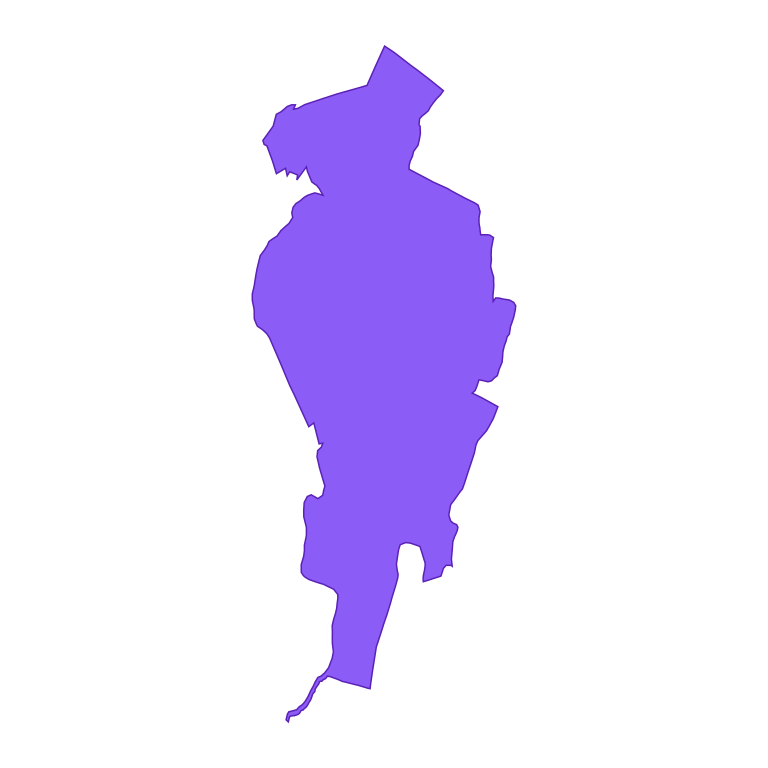 Molo, Rift Valley, Kenya (Equal Earth projection)
{"feature_id": "3690345B84891311296889", "entity_name": "Molo", "entity_type": "district", "adm_level": 2, "iso_a3": "KEN", "parent_name": "Kenya", "parent_adm1": "Rift Valley", "projection": "equal_earth", "projection_center": [35.775, -0.363], "detail": "fine", "context": "isolated", "style": "filled", "palette": "violet", "viewbox_px": 768, "rotation_deg": 0, "n_neighbors": 0, "source": "geoboundaries", "source_scale": "gbopen_adm2", "svg_char_len": 4367}
<svg xmlns="http://www.w3.org/2000/svg" viewBox="0 0 768 768"><path d="M304.8,104.6L298.0,108.3L293.6,109.2L295.4,104.8L291.6,104.8L287.2,106.5L284.6,108.8L281.0,111.8L276.3,114.3L273.2,126.1L262.9,140.4L264.1,144.4L266.9,145.8L272.5,161.0L276.4,173.7L285.5,168.3L287.2,175.8L289.7,171.8L297.6,174.9L296.8,180.0L306.4,166.9L307.4,171.3L309.5,176.3L311.8,181.9L313.9,183.5L316.7,185.4L319.2,188.5L323.0,195.3L318.7,193.9L314.8,192.9L311.7,193.9L307.6,195.3L304.1,197.4L299.8,201.1L296.0,203.5L293.1,207.2L291.8,212.9L292.7,217.5L289.0,223.4L284.6,227.2L280.9,230.6L277.0,236.1L272.6,238.9L269.0,241.5L267.2,245.6L264.4,250.1L260.3,255.5L258.7,261.8L257.2,268.1L256.0,274.3L255.1,280.1L254.1,286.4L252.3,293.9L252.3,300.3L253.2,304.7L254.0,308.7L254.2,310.8L254.2,314.6L254.3,318.8L256.1,323.5L257.5,326.3L262.4,329.6L265.9,332.8L266.9,333.9L267.7,335.0L269.2,337.4L269.8,338.5L281.0,364.5L289.7,385.4L291.5,389.1L293.8,393.8L308.8,426.7L313.8,422.9L319.1,443.9L322.8,443.2L321.3,447.2L317.7,450.5L317.0,456.8L319.1,465.9L319.4,467.5L324.9,486.1L323.7,490.3L322.7,495.3L317.9,498.6L311.2,494.8L307.3,496.5L304.2,502.5L303.7,510.5L303.8,516.8L306.4,527.4L306.4,534.5L306.2,536.7L305.9,538.0L304.4,545.2L304.4,550.9L303.7,556.2L301.2,564.7L301.3,572.4L303.2,575.3L304.4,576.6L305.8,577.6L309.2,579.6L314.6,581.5L318.8,582.9L323.5,584.3L328.0,586.5L333.7,589.3L337.8,594.5L337.8,598.6L337.6,600.1L337.2,602.9L336.7,608.2L335.3,614.1L333.6,619.5L332.2,625.6L332.4,631.9L332.3,637.5L332.4,643.7L332.9,647.7L333.4,651.8L332.2,658.2L328.6,667.7L324.6,673.0L320.8,676.2L317.9,677.4L315.2,681.9L313.3,686.1L310.8,690.5L307.9,696.8L305.0,701.6L302.4,704.6L299.1,706.9L296.7,709.7L292.5,710.9L288.8,711.8L287.4,714.2L286.1,719.8L288.3,721.9L289.3,717.7L290.0,716.3L291.3,716.0L292.8,715.7L294.4,715.7L295.6,715.2L296.7,714.9L298.1,714.4L299.0,713.7L300.0,712.6L300.7,711.0L301.8,710.3L303.0,710.1L304.3,708.6L305.9,707.4L307.0,706.0L307.9,704.5L309.1,702.2L310.1,700.8L310.8,699.5L311.3,698.2L311.9,696.6L312.4,694.7L313.1,693.4L314.0,692.6L314.9,691.3L315.2,689.1L316.3,687.3L317.3,685.9L318.8,683.8L319.5,681.7L320.6,681.2L321.8,681.3L322.7,680.2L323.8,679.5L325.4,678.7L326.3,677.7L327.3,676.2L330.1,676.6L331.2,677.0L336.4,678.9L338.7,679.8L342.5,681.5L343.7,681.7L346.2,682.3L356.3,684.9L357.5,685.1L367.8,688.2L370.1,688.7L370.6,684.2L372.5,671.0L375.3,653.4L375.7,650.8L376.3,647.0L379.8,636.4L382.4,628.3L384.0,623.1L386.9,614.8L387.8,611.8L390.4,603.4L392.1,597.1L394.3,590.0L395.3,586.8L396.3,583.2L397.6,578.5L397.8,577.1L398.1,574.4L397.3,570.8L396.4,564.2L397.8,554.6L398.6,549.7L400.2,544.7L405.7,542.6L410.3,543.1L419.9,546.4L421.1,550.1L421.6,551.5L422.0,552.9L423.9,559.1L424.9,562.2L425.2,563.9L425.1,565.7L424.7,569.2L423.3,575.9L423.1,578.8L423.3,581.7L427.0,580.6L433.4,578.5L438.4,576.9L439.5,576.6L441.0,576.0L441.8,573.4L442.5,571.4L443.3,568.5L446.1,565.3L448.1,565.3L451.2,565.4L452.2,566.2L451.4,559.1L452.3,549.2L452.8,541.9L454.5,536.8L455.4,534.9L456.1,533.4L457.3,530.4L457.9,527.2L456.6,524.6L453.3,523.2L450.6,520.9L448.8,515.0L450.7,504.6L454.4,499.8L459.7,492.3L462.4,489.0L464.6,482.8L468.2,471.6L471.2,462.7L474.4,452.8L475.9,445.3L477.8,440.7L486.5,430.8L489.6,425.4L493.3,418.6L497.9,406.7L481.8,397.8L472.2,393.1L475.2,390.5L476.9,386.3L479.0,379.8L484.3,380.9L488.0,381.8L491.4,380.9L494.4,377.9L497.3,375.7L499.2,369.2L502.1,362.2L502.6,357.0L502.9,351.9L504.3,345.8L506.0,341.3L507.1,336.9L509.4,334.0L510.5,326.5L511.7,323.3L513.7,317.2L515.3,309.9L515.7,305.7L513.7,302.4L509.4,300.0L503.4,299.1L499.3,298.1L495.7,297.9L493.2,301.4L492.9,295.8L493.5,290.0L493.8,285.7L493.6,281.0L493.6,277.1L492.3,272.9L490.6,266.5L491.4,259.9L491.1,255.0L491.4,248.5L492.3,243.5L493.5,237.6L489.8,235.1L486.6,234.7L480.7,234.8L480.0,230.0L479.9,228.1L479.2,224.4L479.0,222.5L479.0,217.8L480.1,211.7L478.1,205.1L474.9,203.0L464.5,197.9L461.0,196.0L456.8,193.8L450.9,190.6L447.9,188.7L444.8,187.3L433.1,182.0L428.5,179.5L424.5,177.4L409.1,169.3L409.1,165.5L410.2,161.1L412.4,156.4L413.6,151.4L418.0,145.3L419.5,138.8L420.4,133.4L420.1,126.3L419.0,124.6L419.6,118.7L422.2,115.9L423.7,114.7L424.8,113.9L428.2,110.9L430.4,106.9L433.4,102.7L436.8,98.5L440.4,94.9L443.4,90.7L430.4,80.2L418.9,71.3L410.2,64.9L394.2,52.5L384.6,46.1L375.6,65.9L367.0,85.4L353.6,89.3L337.6,93.8L324.0,98.2L304.8,104.6Z" fill="#8b5cf6" stroke="#5b21b6" stroke-width="1.5"/></svg>